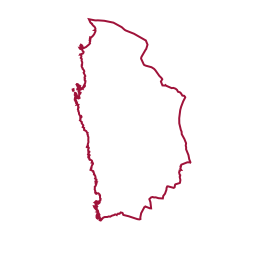 Nkasi, Rukwa, United Republic of Tanzania (Mercator projection), rotated 17°
{"feature_id": "72390352B34861075189695", "entity_name": "Nkasi", "entity_type": "district", "adm_level": 2, "iso_a3": "TZA", "parent_name": "United Republic of Tanzania", "parent_adm1": "Rukwa", "projection": "mercator", "projection_center": [30.833, -7.587], "detail": "fine", "context": "isolated", "style": "outline", "palette": "rose", "viewbox_px": 256, "rotation_deg": 17, "n_neighbors": 0, "source": "geoboundaries", "source_scale": "gbopen_adm2", "svg_char_len": 5777}
<svg xmlns="http://www.w3.org/2000/svg" viewBox="0 0 256 256"><g transform="rotate(17 128 128)"><path d="M119.5,39.1L106.1,36.1L97.4,35.4L96.1,35.1L92.5,33.4L83.3,31.5L74.0,32.4L67.9,33.8L65.2,34.7L58.8,35.4L61.1,38.0L61.9,38.5L62.4,38.5L63.0,39.1L63.3,39.0L64.0,39.8L65.4,40.6L66.0,40.7L67.1,41.6L67.9,42.7L67.9,43.6L67.6,44.0L68.0,43.9L68.4,44.2L68.6,45.2L68.2,48.2L67.5,50.1L66.2,52.4L65.3,52.3L65.4,53.6L66.0,53.9L66.1,54.2L65.6,55.2L66.5,55.8L66.3,57.3L66.9,58.0L66.5,59.2L64.2,62.8L62.2,64.6L61.0,64.3L60.7,63.2L59.5,62.3L58.6,62.1L58.3,63.5L58.5,63.6L58.7,63.4L59.3,63.9L59.4,64.8L59.2,65.0L59.5,65.8L58.4,65.8L58.8,66.2L59.5,66.3L59.7,65.9L60.6,66.0L61.4,66.5L61.7,67.3L63.3,68.2L63.4,69.0L62.9,70.2L62.1,70.6L61.6,71.5L60.8,71.5L60.7,71.9L61.0,71.8L62.0,72.2L62.3,72.6L62.6,73.6L62.3,74.8L63.7,75.6L63.9,77.2L65.0,78.5L65.5,80.5L65.3,81.1L65.7,81.5L65.5,82.3L66.1,83.2L67.2,84.1L67.2,84.6L68.8,85.6L69.6,86.5L69.7,87.1L69.4,88.1L72.0,90.8L72.0,91.4L71.6,92.1L71.8,92.9L72.5,93.5L72.4,94.6L72.9,95.3L73.6,95.5L73.9,97.6L73.5,99.9L73.8,99.7L74.2,99.9L74.5,100.3L74.5,100.7L74.4,100.9L74.3,100.4L73.8,100.7L73.3,102.3L72.2,103.3L72.7,103.8L72.3,103.8L72.3,104.2L71.5,104.9L72.1,104.7L70.4,105.9L70.6,106.7L70.1,107.7L70.5,108.1L72.3,108.1L72.3,108.9L71.9,109.2L71.6,108.9L71.3,109.3L71.9,109.8L71.5,110.6L72.2,112.4L72.9,113.4L72.2,114.2L71.8,114.3L70.3,113.7L70.0,114.5L68.5,114.7L68.6,115.6L68.9,115.6L68.9,116.4L69.3,116.4L69.9,117.2L70.3,117.0L70.4,117.3L69.8,117.6L70.3,118.2L70.8,118.0L71.1,119.1L71.7,118.8L71.7,119.2L72.3,119.8L72.2,120.4L72.6,120.1L72.8,120.4L73.7,120.3L73.5,121.3L74.2,121.8L74.2,122.4L74.8,123.0L74.4,123.7L74.7,124.3L74.6,124.9L75.5,125.9L75.5,126.4L76.5,127.4L77.0,128.8L78.9,130.8L79.7,130.2L80.2,130.7L80.3,131.3L79.4,132.5L80.0,133.3L79.8,134.6L80.3,134.7L80.9,135.4L82.2,135.9L82.4,137.1L84.5,138.5L84.4,140.4L86.0,140.7L86.2,141.7L86.6,142.1L86.6,142.7L89.0,143.2L90.3,144.5L90.8,144.5L90.9,145.7L91.7,146.4L91.8,147.2L92.8,148.3L93.6,151.3L94.3,153.0L94.3,155.5L94.9,156.5L94.9,157.3L94.2,157.6L94.2,158.3L94.7,158.4L95.6,157.9L96.3,158.4L96.4,158.9L96.2,160.1L96.5,161.2L96.8,161.8L97.9,161.8L98.1,162.1L97.8,162.9L97.3,163.1L97.4,163.5L97.8,163.7L97.5,165.1L98.2,165.6L98.8,165.0L99.1,165.0L99.3,165.3L99.2,165.7L98.7,166.2L98.4,167.3L98.5,167.5L99.2,167.1L100.1,168.6L99.9,168.9L100.6,169.6L101.2,169.3L103.0,169.8L103.5,170.6L103.4,171.7L104.3,171.5L104.9,172.2L104.9,173.0L104.6,173.2L104.4,176.2L104.8,176.7L104.3,177.4L104.6,177.9L104.4,179.0L107.4,179.4L107.8,179.9L107.7,180.3L108.9,181.3L109.0,182.4L109.8,182.6L110.8,183.6L111.5,184.9L111.3,186.0L112.9,186.5L113.3,187.7L113.0,188.3L112.7,188.2L112.4,188.5L112.5,188.9L113.9,188.9L113.5,189.8L114.0,190.0L114.1,190.5L113.6,191.0L114.0,191.3L114.0,192.7L113.4,194.0L113.9,195.2L114.0,196.3L115.0,197.6L115.5,199.4L116.2,200.0L116.5,199.7L116.6,200.0L117.1,200.1L117.4,199.6L118.8,199.1L120.3,199.9L120.4,200.5L121.0,200.7L121.5,202.5L122.1,203.7L122.6,203.9L122.4,204.9L122.7,205.4L121.9,206.2L121.9,206.6L122.4,206.7L122.6,207.1L121.8,208.6L122.1,208.6L121.8,209.1L121.5,209.1L121.0,208.4L121.1,207.6L120.9,207.3L118.9,207.2L118.2,208.5L119.7,208.1L119.9,208.8L119.6,208.5L119.3,208.6L118.9,210.0L119.3,210.3L119.8,210.1L120.3,210.4L119.8,211.6L120.0,212.1L120.6,212.3L120.9,211.5L121.5,212.0L121.1,212.6L121.6,213.9L121.0,214.6L122.6,216.0L123.0,215.9L123.0,215.6L123.3,215.7L123.6,216.2L123.2,216.3L123.4,216.8L123.0,217.2L123.9,217.2L125.1,218.4L124.5,218.4L123.8,218.8L124.1,219.3L123.7,219.7L123.5,220.8L124.0,222.6L124.6,223.3L125.0,223.4L124.9,222.4L126.3,223.0L126.2,222.2L126.8,222.2L126.6,221.7L125.9,221.1L125.1,221.5L124.7,221.3L125.5,220.5L126.1,220.2L127.4,222.3L128.0,222.4L128.5,223.3L128.4,223.5L127.7,223.0L128.1,224.0L128.0,224.4L128.7,224.5L128.9,224.4L128.8,223.8L129.2,223.9L129.4,223.5L130.5,221.0L131.7,220.0L134.3,219.1L135.5,218.2L136.9,218.0L138.2,216.6L140.3,215.2L140.7,214.6L141.5,214.3L142.6,214.5L142.6,214.1L143.5,213.2L143.6,212.8L145.0,212.5L145.7,210.9L147.5,210.8L149.0,212.5L154.4,212.2L163.6,212.4L165.6,212.1L166.5,211.5L165.9,209.7L165.5,205.6L166.8,198.9L167.7,198.3L167.7,198.0L172.5,198.4L173.6,198.1L171.1,192.3L169.2,189.8L170.4,187.6L171.7,186.8L173.2,186.8L174.8,186.2L177.8,186.2L181.9,185.2L181.6,182.6L182.6,180.0L182.8,175.8L182.4,174.1L182.6,172.4L183.2,172.1L189.2,171.9L189.9,171.1L189.6,168.5L189.8,168.0L193.1,165.8L193.7,165.2L193.3,162.4L191.7,159.6L191.9,158.5L191.7,157.8L191.1,157.6L189.9,155.6L189.8,154.5L190.1,153.9L189.9,153.6L190.3,153.4L190.3,152.7L191.1,152.5L189.9,151.5L189.9,149.5L189.4,149.2L189.7,148.6L189.7,147.5L194.7,143.5L196.9,142.8L197.6,142.9L197.7,142.5L195.7,140.0L193.7,136.2L189.8,131.4L189.2,129.3L188.4,128.1L188.0,125.6L185.1,122.0L181.2,118.2L180.3,115.8L179.1,114.4L175.7,108.6L174.1,103.6L172.7,95.5L172.6,92.1L173.0,86.3L173.8,82.0L173.6,81.7L172.3,80.8L170.5,81.1L168.3,79.2L167.2,78.7L165.2,78.7L163.7,77.2L161.9,76.5L159.6,76.4L158.1,77.1L151.9,76.4L151.3,76.0L150.9,76.6L148.5,77.2L145.9,74.0L146.5,71.3L145.4,70.4L142.7,69.0L137.3,64.8L135.6,63.8L132.7,63.0L126.9,63.2L125.1,63.0L124.5,62.6L120.3,57.9L120.1,57.3L120.1,56.0L122.0,47.8L122.3,47.3L122.3,42.6L119.5,39.1ZM66.9,100.8L66.3,100.9L66.1,101.5L66.5,101.7L66.9,101.5L67.0,102.5L67.5,102.7L68.3,102.5L68.8,103.0L68.9,103.6L68.2,104.5L68.1,105.1L68.2,106.0L68.7,106.0L69.0,105.8L68.9,105.2L69.1,104.9L70.1,104.4L70.1,102.9L69.7,102.2L69.9,101.8L69.3,101.6L68.2,102.0L67.9,101.3L67.0,101.3L66.9,100.8ZM67.5,109.8L67.1,110.0L67.4,110.5L67.2,111.2L68.1,111.8L67.8,112.5L68.7,113.1L70.3,112.8L68.4,110.2L67.9,110.2L67.5,109.8ZM65.1,108.2L64.5,106.8L63.8,107.3L64.0,107.8L64.7,108.5L65.1,108.2ZM119.7,214.2L119.4,213.0L118.8,212.7L118.3,212.8L119.1,213.8L119.7,214.2Z" fill="none" stroke="#9f1239" stroke-width="2"/></g></svg>